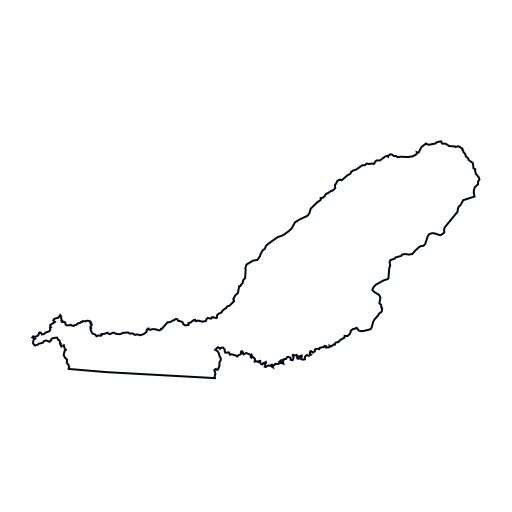 the district of Bom Jardim, Maranhão, Brazil, rotated 183°
{"feature_id": "56859067B20535313815955", "entity_name": "Bom Jardim", "entity_type": "district", "adm_level": 2, "iso_a3": "BRA", "parent_name": "Brazil", "parent_adm1": "Maranhão", "projection": "orthographic", "projection_center": [-46.265, -3.964], "detail": "fine", "context": "isolated", "style": "outline", "palette": "ink", "viewbox_px": 512, "rotation_deg": 183, "n_neighbors": 0, "source": "geoboundaries", "source_scale": "gbopen_adm2", "svg_char_len": 6107}
<svg xmlns="http://www.w3.org/2000/svg" viewBox="0 0 512 512"><g transform="rotate(183 256 256)"><path d="M100.9,368.0L100.7,367.0L101.3,365.8L102.5,365.0L105.5,363.4L107.5,363.3L108.4,362.8L116.5,362.7L119.8,362.1L121.4,363.2L123.4,363.0L125.8,364.5L127.1,364.6L129.3,363.0L129.3,362.2L130.1,362.7L131.8,362.4L137.3,357.9L140.5,357.7L141.4,357.1L143.1,354.1L144.8,354.4L147.9,353.8L150.3,354.1L152.0,352.4L154.7,352.1L160.4,347.6L163.0,346.7L165.3,345.1L166.0,343.1L169.0,341.3L174.4,336.1L176.1,336.7L178.6,335.4L179.8,332.5L180.9,331.1L180.5,328.3L180.9,327.3L183.0,325.2L184.0,325.2L187.8,322.3L188.7,322.2L190.2,320.5L190.6,319.2L192.3,317.7L194.5,317.2L194.2,315.9L194.8,314.9L197.3,313.2L203.8,306.2L204.9,301.6L206.5,299.0L214.6,294.6L218.8,291.7L221.8,285.5L224.6,282.5L230.0,278.2L235.6,275.8L244.6,268.7L246.6,266.6L247.6,263.6L249.5,262.2L251.6,258.1L252.0,256.0L254.5,252.1L258.6,251.3L264.6,247.3L265.3,246.3L266.0,242.8L265.6,241.8L265.7,233.3L267.5,231.2L267.9,228.4L269.4,226.6L269.6,225.7L270.2,225.0L271.2,225.0L272.1,218.2L274.7,215.5L276.4,211.9L276.3,211.0L275.6,210.6L275.6,209.6L280.1,204.8L282.1,204.2L283.3,202.1L284.2,201.9L286.6,199.6L287.6,197.7L290.1,196.5L291.7,195.0L291.8,192.4L292.5,191.9L296.0,192.7L296.8,192.5L296.9,191.7L297.7,191.1L301.0,191.6L302.1,190.4L302.7,188.4L306.3,187.6L310.4,188.5L311.9,187.8L313.4,188.2L313.4,189.0L314.8,188.8L318.2,185.9L319.9,185.5L319.8,183.6L323.0,183.0L324.7,183.8L326.0,186.1L329.1,187.2L330.1,187.0L331.4,188.8L332.7,188.9L333.8,188.4L334.2,187.6L335.2,187.5L338.3,185.5L340.9,185.1L346.5,178.0L347.2,178.2L347.4,177.4L348.1,176.9L348.9,176.6L352.1,177.5L355.3,177.6L357.9,176.7L359.0,176.9L359.3,177.9L360.3,177.8L361.3,176.2L361.3,174.5L364.1,172.1L367.6,170.8L370.5,171.5L372.9,170.9L374.9,172.2L377.9,171.9L379.7,172.9L384.9,172.3L387.1,171.0L388.4,170.8L391.7,171.0L394.3,172.1L397.9,170.3L398.7,170.4L400.3,171.6L403.4,170.3L406.2,169.9L406.7,169.3L406.2,168.6L406.9,168.2L409.4,168.4L411.0,167.5L412.6,169.2L415.3,170.0L416.4,171.8L417.5,174.5L416.8,175.4L417.6,176.0L417.7,176.8L416.5,178.1L416.5,179.3L417.5,179.5L418.0,180.4L417.4,181.2L418.0,182.0L420.7,182.6L423.4,181.8L425.8,181.9L426.4,180.9L427.3,181.0L428.0,180.1L430.5,179.3L432.2,177.6L433.4,177.5L434.2,176.7L436.4,176.9L437.4,177.6L439.3,176.9L441.5,176.9L442.5,177.4L443.0,179.6L443.7,180.0L445.9,179.9L445.6,180.7L447.1,181.3L446.8,182.3L447.5,184.3L447.3,185.3L448.5,186.8L450.0,184.2L454.0,182.7L455.1,181.2L453.3,179.6L457.8,176.4L458.0,175.6L457.0,174.0L458.0,173.5L457.6,171.6L457.9,170.6L459.7,169.4L461.7,168.8L463.7,167.0L465.6,166.4L467.0,168.2L467.9,168.4L468.6,168.0L469.0,166.0L469.8,165.0L472.7,163.6L474.3,164.1L475.1,163.0L472.3,161.9L473.7,160.6L474.2,157.6L473.6,156.5L472.2,155.1L469.8,155.7L468.3,157.0L464.4,158.2L463.5,159.7L462.6,160.3L460.5,160.5L457.5,159.5L457.0,160.6L456.1,161.0L456.1,162.3L454.4,163.4L450.4,164.1L448.9,161.7L448.0,161.5L447.5,160.8L447.2,158.7L446.4,158.2L446.8,157.5L445.7,155.5L445.2,156.1L443.2,156.8L442.5,154.1L440.9,152.3L442.1,151.3L442.9,147.2L441.7,144.8L439.2,142.5L439.4,139.6L437.3,137.0L436.8,134.8L437.3,134.1L437.1,133.4L399.5,132.2L290.6,131.9L291.0,133.9L290.4,136.1L291.6,140.2L290.1,141.1L289.4,140.4L288.4,140.4L287.8,141.4L286.8,144.2L286.9,148.1L285.8,150.0L285.7,151.7L287.4,154.6L287.8,156.3L289.1,158.7L291.9,160.2L289.4,162.8L288.6,162.8L287.1,161.4L286.6,162.3L284.2,162.9L282.3,160.8L282.2,159.0L281.5,157.8L278.0,158.3L277.0,156.1L275.4,156.6L271.0,155.6L269.5,154.6L268.3,156.1L266.4,156.9L265.9,157.9L265.9,159.8L265.3,160.3L264.5,159.8L263.9,158.9L263.9,157.6L263.2,157.1L260.7,158.6L256.4,157.1L255.6,157.4L254.9,156.7L256.1,155.1L255.2,154.1L254.6,154.8L253.4,154.8L252.5,154.0L251.6,152.9L251.8,150.5L249.1,150.9L248.3,150.2L247.0,151.5L246.2,151.2L246.4,150.2L245.6,148.6L243.9,148.0L243.1,149.5L241.9,149.7L240.7,150.7L240.4,149.8L241.4,148.7L241.0,147.5L241.5,145.9L240.6,145.6L237.9,147.4L235.6,147.0L233.6,145.9L234.7,148.2L234.0,148.3L232.9,147.2L230.9,149.4L228.2,149.3L226.9,150.1L227.3,151.4L225.9,152.8L225.5,151.8L226.1,150.9L225.6,150.4L224.6,150.5L223.1,149.9L223.5,151.0L223.1,153.0L223.9,153.6L222.3,154.6L220.7,154.7L219.4,156.8L218.6,157.0L216.9,156.5L216.0,155.8L216.0,154.2L214.0,153.8L213.2,156.0L213.3,157.2L214.2,158.3L213.9,159.2L211.5,158.7L210.3,159.4L209.5,158.6L209.8,157.2L209.1,155.6L208.2,155.6L207.4,158.1L205.2,159.0L205.0,158.0L205.9,157.5L205.4,156.4L205.9,155.7L204.0,154.9L201.8,155.4L201.9,157.8L200.1,159.8L198.1,159.1L195.9,160.3L197.2,161.6L196.8,163.7L195.9,163.9L194.2,162.5L192.6,163.6L192.1,164.4L192.4,165.5L191.8,166.1L188.9,166.7L188.0,166.3L187.4,167.7L183.5,168.7L182.9,169.8L181.3,169.6L181.4,168.3L179.2,168.4L177.9,168.9L177.9,170.2L177.1,169.6L176.1,169.7L173.7,171.8L172.7,171.5L172.4,172.8L171.5,174.0L169.5,174.2L167.1,176.8L163.4,179.1L163.3,180.9L160.5,180.8L158.3,183.0L157.5,185.0L157.5,186.4L155.2,188.2L152.9,188.7L152.2,189.5L151.1,189.1L149.9,187.2L147.7,186.4L144.5,186.8L138.2,188.7L136.8,190.4L135.5,196.5L134.3,198.9L130.8,203.2L130.2,204.8L128.1,206.4L127.6,207.2L127.3,209.5L127.3,210.5L128.2,211.1L128.4,213.6L130.3,215.2L129.6,220.9L130.9,223.5L135.6,226.0L138.0,228.0L137.7,229.4L136.9,231.1L134.8,233.6L127.3,238.3L123.4,239.8L122.6,240.5L122.3,250.7L121.5,253.6L122.3,256.8L121.5,259.0L117.4,260.6L116.5,261.9L111.2,263.6L110.2,265.0L107.1,265.8L103.7,265.4L100.1,266.1L97.1,269.9L93.4,273.7L91.8,274.5L89.2,275.0L87.7,276.8L85.4,285.1L84.1,286.9L81.7,287.9L79.2,288.0L73.0,286.3L69.5,288.9L69.2,289.7L69.6,292.3L68.9,294.6L57.1,310.7L56.8,313.9L56.2,315.7L54.4,317.6L52.0,322.6L40.9,326.8L41.9,330.8L41.8,333.7L41.0,336.2L38.1,339.2L38.0,342.3L36.9,344.0L37.6,346.2L40.8,349.7L41.7,352.8L41.5,354.0L43.4,355.0L44.3,360.2L48.7,363.0L49.1,364.3L50.0,365.4L51.6,366.3L52.5,368.9L54.4,370.8L54.7,372.3L55.5,372.8L55.5,374.0L59.0,375.9L60.0,376.2L62.3,375.3L63.0,375.8L68.9,375.9L71.2,377.4L73.5,378.2L75.4,377.9L76.3,378.2L77.0,380.1L77.8,380.1L81.6,379.0L82.5,377.8L88.8,376.2L91.3,376.6L92.1,377.3L96.6,373.2L99.0,367.9L100.0,367.5L100.9,368.0Z" fill="none" stroke="#020617" stroke-width="2"/></g></svg>